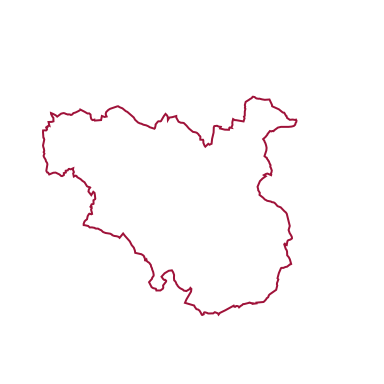 Poienarii De Muscel, Arges, Romania, rotated 336°
{"feature_id": "2599482B33398207909803", "entity_name": "Poienarii De Muscel", "entity_type": "district", "adm_level": 2, "iso_a3": "ROU", "parent_name": "Romania", "parent_adm1": "Arges", "projection": "albers", "projection_center": [25.065, 45.199], "detail": "fine", "context": "isolated", "style": "outline", "palette": "rose", "viewbox_px": 384, "rotation_deg": 336, "n_neighbors": 0, "source": "geoboundaries", "source_scale": "gbopen_adm2", "svg_char_len": 5972}
<svg xmlns="http://www.w3.org/2000/svg" viewBox="0 0 384 384"><g transform="rotate(336 192 192)"><path d="M253.2,298.9L254.0,293.3L253.9,291.0L253.2,288.6L254.6,285.1L254.8,283.6L254.5,282.0L255.0,277.3L255.8,277.0L256.3,278.7L256.9,279.1L259.1,275.8L260.3,275.2L262.6,275.5L264.4,275.1L264.9,273.9L264.9,272.0L264.5,269.2L264.8,266.0L267.5,262.8L269.7,250.5L269.5,249.0L268.5,246.9L266.8,242.1L264.4,239.7L263.3,236.1L262.5,234.8L260.8,233.7L260.2,232.8L257.1,230.6L256.2,229.3L255.5,228.5L254.6,226.0L252.5,222.1L253.6,220.3L253.2,217.3L253.6,216.3L254.0,213.9L258.5,209.7L261.9,208.4L265.8,207.6L264.6,205.8L267.2,205.6L268.5,205.9L271.1,208.8L271.5,208.3L271.6,207.3L272.8,206.1L273.7,204.7L273.7,203.4L273.9,202.6L273.8,202.0L273.9,201.5L273.7,200.8L274.7,199.4L274.5,198.9L274.6,198.0L274.5,197.6L274.7,195.1L274.4,194.6L274.4,193.3L274.1,192.6L274.2,191.1L273.7,190.6L272.8,188.7L276.8,184.3L278.1,182.0L278.6,179.8L278.9,177.4L278.8,175.6L278.9,174.6L278.5,172.6L281.6,171.6L284.3,170.2L284.5,169.8L288.0,168.0L289.1,168.9L290.1,168.9L290.6,169.1L290.9,169.5L291.5,169.5L292.1,169.1L296.7,168.1L299.8,168.7L306.5,171.7L309.5,172.7L311.8,173.1L313.6,172.5L314.8,171.0L315.8,170.4L316.5,169.2L316.4,168.2L315.8,168.3L313.5,166.8L310.7,165.8L309.0,163.0L309.2,161.1L308.9,160.9L308.5,157.1L307.5,156.5L306.9,155.6L305.0,151.8L300.1,146.3L300.5,144.8L300.4,139.0L296.0,137.4L293.6,135.8L291.6,134.2L290.4,133.7L288.9,132.7L288.5,132.1L287.8,130.7L286.4,129.7L286.1,129.7L284.7,130.5L282.7,130.7L281.9,130.9L277.7,131.5L275.6,134.1L275.3,135.7L274.5,136.7L274.6,137.7L273.0,139.9L271.3,143.6L271.1,143.9L270.1,144.3L270.0,146.0L267.8,148.5L261.2,144.1L260.4,143.8L259.2,142.1L257.2,144.7L256.6,146.1L256.4,146.9L256.0,147.5L254.2,149.0L254.3,149.5L252.6,148.4L252.3,148.5L251.1,150.2L247.2,148.3L243.5,145.4L244.8,144.2L243.1,143.2L241.8,141.7L239.2,140.9L238.2,141.8L235.9,146.5L232.0,151.6L229.5,155.9L227.2,155.9L226.5,154.6L222.6,156.0L222.3,154.8L222.4,151.7L223.3,149.5L223.3,148.8L220.9,147.6L221.2,146.6L222.1,145.1L222.1,144.3L221.5,143.2L221.4,141.9L220.5,139.9L219.6,139.0L217.3,137.4L215.0,132.7L214.0,129.2L212.6,125.7L211.7,125.0L210.0,124.2L208.3,122.3L207.9,117.6L208.5,116.2L204.4,115.6L201.6,114.8L199.3,116.4L200.4,113.6L200.3,111.8L199.6,109.9L197.2,111.2L192.5,114.6L191.8,114.6L190.2,113.8L189.5,113.8L186.2,115.5L185.8,116.4L184.2,118.5L183.4,118.9L179.5,115.4L179.1,114.5L177.3,112.5L174.9,110.7L173.6,109.1L172.4,108.2L171.0,106.6L169.4,102.9L169.1,100.2L165.5,92.5L164.4,91.2L162.5,87.3L160.1,84.8L159.6,83.8L158.7,83.4L151.0,82.7L148.9,83.0L146.1,84.1L144.9,85.6L144.7,86.9L144.7,88.3L142.7,87.9L140.6,85.9L138.2,89.3L132.2,87.2L132.0,86.7L132.2,86.2L130.5,85.9L129.8,84.9L129.8,83.5L130.0,82.3L130.8,80.0L130.1,78.4L128.5,77.8L126.5,75.0L123.6,71.4L123.5,71.6L121.0,71.9L117.8,72.0L115.7,71.7L114.3,72.4L113.4,72.5L112.6,72.3L112.1,71.6L110.9,70.9L110.2,70.8L108.3,69.1L107.7,68.3L106.6,67.6L104.3,67.2L99.5,68.3L98.7,66.5L96.9,64.2L95.3,62.5L95.0,63.4L95.1,66.2L95.5,67.9L94.2,71.1L92.5,70.9L89.4,69.7L88.7,73.4L88.3,72.9L88.1,73.1L86.9,73.2L86.5,73.9L85.8,74.0L85.6,73.5L85.1,73.6L84.9,73.9L85.2,74.7L85.1,75.7L84.5,76.2L83.6,76.4L82.9,75.9L81.0,75.2L80.2,76.8L78.4,81.7L78.3,82.1L78.6,82.6L78.3,84.1L74.9,88.8L74.5,90.2L74.3,92.2L73.7,94.4L72.7,95.2L72.8,96.9L71.2,98.5L71.0,99.3L71.1,100.8L71.4,102.9L71.1,104.5L71.4,106.2L71.4,106.9L71.1,108.0L67.7,113.1L67.5,113.8L67.7,115.3L68.5,115.9L68.7,117.9L73.1,118.0L75.3,118.8L78.1,122.1L78.9,124.0L79.7,124.6L81.7,124.5L82.1,124.0L82.6,122.6L84.6,122.9L84.8,122.7L85.0,121.6L85.3,121.2L87.2,121.7L88.8,120.8L89.2,120.9L90.0,121.7L90.6,122.0L93.1,122.0L92.3,123.2L92.2,125.8L91.0,126.7L90.3,129.8L92.5,129.8L93.1,130.7L93.2,131.8L95.5,135.0L96.4,137.2L97.8,139.4L98.4,144.0L99.3,145.1L100.6,146.1L100.8,146.5L98.9,147.6L97.6,149.5L98.7,153.9L101.9,151.7L102.6,153.1L102.1,155.1L100.9,158.8L100.6,159.1L98.6,159.5L97.3,162.7L96.7,162.8L95.3,162.4L94.1,163.5L94.2,164.5L93.3,164.5L93.8,166.0L92.6,167.1L92.2,169.9L91.8,171.4L91.0,171.4L89.4,170.1L88.7,170.3L86.8,171.7L85.0,174.2L82.9,174.7L81.8,175.2L80.0,177.1L79.6,178.2L80.5,178.7L83.3,180.8L84.2,182.8L86.3,183.7L88.5,185.2L88.8,185.9L89.6,186.5L91.2,187.2L92.4,188.8L93.5,190.0L94.5,192.4L95.2,193.1L96.4,194.3L100.3,196.8L101.5,198.3L101.6,199.0L103.1,200.5L105.2,201.8L106.7,203.1L107.2,204.4L112.2,201.9L112.9,204.8L115.1,211.8L115.3,216.0L116.2,219.1L116.0,222.2L115.4,224.5L120.5,228.3L121.9,230.5L122.0,232.3L121.8,232.5L121.9,232.9L121.9,233.8L121.3,235.2L121.4,235.5L121.8,235.5L122.9,235.1L122.6,236.6L123.2,237.9L123.9,238.9L124.3,239.9L124.4,240.8L124.7,241.8L124.3,243.6L124.4,245.5L124.1,246.4L124.0,249.3L123.4,251.8L122.9,252.9L120.8,254.1L120.2,255.0L116.1,256.9L116.4,262.5L117.4,264.0L119.6,265.7L119.4,267.5L123.1,269.1L126.0,268.5L126.8,267.8L127.6,265.6L131.9,263.3L132.3,262.5L131.9,261.7L131.6,261.2L130.9,261.1L130.3,260.0L129.7,257.0L133.9,255.1L138.7,254.5L141.8,255.4L142.1,257.7L141.9,260.5L140.6,263.1L139.8,265.5L140.4,266.9L140.5,268.1L140.4,270.0L140.7,270.9L140.7,271.8L141.3,273.7L142.1,275.2L143.9,277.4L144.4,278.7L146.0,279.8L146.5,280.2L150.6,279.7L151.5,279.0L152.0,280.3L150.6,282.6L143.2,287.9L140.5,290.4L147.8,296.6L147.8,298.0L148.4,300.8L149.8,301.9L150.6,303.4L150.9,305.5L151.0,308.1L151.3,308.5L152.8,308.5L152.8,308.1L154.1,307.0L154.8,307.1L156.6,308.6L157.3,309.5L161.9,311.5L164.0,311.1L166.3,313.4L166.4,314.8L168.3,313.8L174.2,313.6L183.9,312.8L184.0,314.0L185.0,314.5L185.4,314.2L186.2,314.2L187.3,314.8L188.0,315.7L188.1,316.5L190.0,315.9L191.7,315.7L193.1,315.2L194.1,315.6L198.1,316.3L199.6,316.4L199.9,316.6L200.0,317.0L202.4,318.5L202.1,318.9L205.7,320.0L205.9,319.3L212.4,321.5L213.3,321.4L216.1,320.2L216.9,319.5L218.8,319.1L220.2,317.6L221.4,317.1L229.1,315.6L231.9,312.0L232.0,310.9L232.6,309.8L235.3,307.0L235.0,305.6L238.4,301.4L242.3,297.8L243.2,297.8L244.6,298.5L246.8,298.5L248.5,298.9L252.8,297.8L253.2,298.9Z" fill="none" stroke="#9f1239" stroke-width="2"/></g></svg>